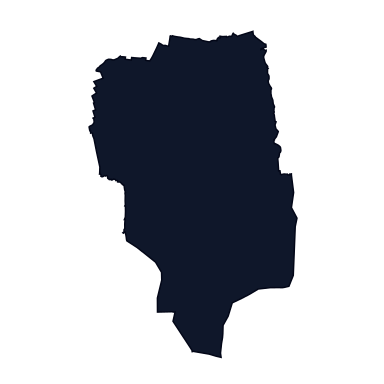 Ede, Gelderland, Netherlands, rotated 93°
{"feature_id": "6326949B43393941245933", "entity_name": "Ede", "entity_type": "district", "adm_level": 2, "iso_a3": "NLD", "parent_name": "Netherlands", "parent_adm1": "Gelderland", "projection": "orthographic", "projection_center": [5.671, 52.072], "detail": "fine", "context": "isolated", "style": "filled", "palette": "ink", "viewbox_px": 384, "rotation_deg": 93, "n_neighbors": 0, "source": "geoboundaries", "source_scale": "gbopen_adm2", "svg_char_len": 5657}
<svg xmlns="http://www.w3.org/2000/svg" viewBox="0 0 384 384"><g transform="rotate(93 192 192)"><path d="M270.0,86.5L221.2,87.1L212.6,85.8L202.4,91.9L187.2,90.5L170.0,93.6L168.7,93.7L168.9,94.5L169.0,95.4L169.5,95.6L169.9,95.6L169.8,97.4L169.2,97.6L169.3,99.1L169.2,100.6L169.3,101.5L169.5,102.1L169.9,103.8L170.0,103.8L169.6,104.6L169.2,104.6L168.4,104.8L166.2,105.3L166.3,106.6L166.2,106.6L157.0,107.7L155.0,108.0L153.7,108.1L153.5,107.9L152.4,107.0L148.4,106.6L147.6,105.8L146.2,105.4L145.3,105.5L143.2,105.9L142.9,106.0L142.1,106.5L140.8,108.2L140.0,109.9L139.1,112.1L139.3,112.3L138.6,112.6L138.1,112.8L136.7,112.9L136.6,113.0L136.4,113.0L135.5,113.0L135.6,112.4L134.8,112.3L132.4,110.6L127.2,109.0L126.7,109.3L124.5,111.5L120.8,112.6L120.6,112.6L117.5,111.7L117.0,112.9L116.3,112.8L115.8,112.9L112.5,113.6L111.6,113.7L110.4,114.0L109.6,114.3L109.4,114.4L109.3,114.7L109.2,114.8L109.0,114.7L108.8,114.4L108.0,114.1L106.8,114.3L106.1,114.6L105.2,114.4L104.6,114.6L103.1,114.1L102.4,114.1L100.8,114.9L99.7,115.5L96.0,116.1L92.8,117.6L92.0,117.8L91.1,117.9L90.0,118.3L86.3,118.5L86.0,118.5L84.8,118.0L84.3,118.1L83.8,118.3L82.3,119.5L79.9,121.0L78.5,121.5L77.6,121.6L77.2,121.8L76.9,121.8L76.0,121.3L75.4,121.1L74.8,121.0L73.0,121.1L72.2,121.2L71.5,121.5L70.1,122.5L69.4,122.8L65.5,123.0L65.0,122.8L64.5,122.4L63.5,123.7L62.9,123.1L62.6,123.0L60.1,125.1L59.4,125.6L58.5,126.0L54.3,127.4L53.3,127.5L52.7,127.5L52.4,127.6L52.4,127.4L51.4,127.1L48.1,125.5L47.4,125.3L46.5,125.4L46.7,126.0L46.7,126.4L46.6,126.7L46.4,127.1L45.6,128.0L45.4,128.4L45.4,128.7L45.5,129.2L46.1,130.6L45.3,130.5L43.9,127.1L43.4,125.6L41.6,125.8L40.6,126.0L40.4,127.0L40.5,127.1L40.4,127.2L40.1,127.9L38.2,130.5L34.2,136.5L34.2,136.8L34.0,137.1L33.4,137.1L32.6,138.1L31.8,139.0L28.8,139.6L28.4,139.6L33.4,153.1L33.6,153.5L34.4,154.4L34.3,154.6L33.4,155.7L32.4,157.8L32.3,158.2L31.9,158.6L31.3,159.0L31.4,159.3L34.6,160.6L34.6,161.5L34.4,162.0L34.6,163.2L34.9,163.6L35.3,164.5L35.7,165.3L35.6,165.5L35.3,165.4L34.8,165.7L35.0,167.4L35.2,170.2L34.9,172.3L35.0,172.4L35.6,171.5L35.9,171.6L36.2,172.0L36.7,171.9L36.8,172.1L36.7,172.4L36.9,172.7L36.9,172.8L36.4,173.7L36.6,173.9L37.0,174.1L37.5,174.6L37.9,174.7L38.3,175.0L38.7,174.9L39.0,175.0L39.4,175.0L39.7,175.1L39.5,176.8L39.5,178.3L39.6,179.0L39.9,179.9L40.1,180.8L40.8,181.5L41.1,182.0L41.2,182.9L41.2,183.2L40.2,189.7L38.4,192.7L38.7,193.8L39.6,195.9L39.6,197.3L39.3,198.8L39.3,202.1L39.2,202.8L39.0,203.0L38.9,206.0L38.8,207.8L38.3,210.3L38.0,212.2L37.9,214.1L37.8,215.1L37.5,217.5L37.0,219.9L37.7,220.1L37.9,220.4L37.2,221.8L37.3,221.9L37.5,221.9L37.6,222.0L39.6,222.1L46.9,222.9L47.7,223.0L47.4,224.8L47.0,226.1L47.0,226.6L47.1,226.8L47.0,226.7L47.1,227.0L47.1,227.6L47.1,229.1L46.9,229.1L46.0,230.4L45.9,230.8L45.7,231.1L44.9,232.8L45.5,233.0L45.4,233.1L45.7,233.2L49.9,234.8L58.0,238.2L60.5,239.4L63.3,241.0L63.2,243.2L62.9,245.2L60.6,245.0L60.4,247.8L60.4,248.4L60.5,248.8L61.0,249.9L61.1,250.3L61.2,250.7L61.1,251.2L61.0,257.0L61.0,258.2L60.9,258.2L60.9,258.7L61.0,258.7L60.9,259.3L63.4,259.6L62.9,265.7L60.7,265.5L60.6,267.6L60.7,267.9L60.6,268.0L60.6,270.1L60.3,270.4L60.0,270.7L61.7,272.5L62.1,272.7L62.5,273.3L62.7,273.7L63.5,275.4L64.1,276.6L64.2,277.5L64.2,278.2L64.1,278.7L63.8,279.8L63.8,280.3L63.8,281.0L63.8,281.4L63.8,282.3L64.0,282.7L64.3,283.5L64.8,284.3L65.0,284.7L65.6,285.3L66.4,285.7L68.5,287.3L69.0,288.1L69.5,288.5L70.7,290.2L72.1,291.2L73.0,292.4L73.3,292.8L74.1,293.3L74.9,293.9L75.7,294.1L76.2,293.9L76.8,289.6L83.0,286.7L86.9,295.8L91.5,292.7L93.5,295.5L98.2,292.5L99.5,294.4L101.1,296.5L101.4,296.9L107.8,294.1L108.3,295.0L115.0,292.6L116.2,295.1L122.5,292.8L123.4,294.7L123.6,294.6L123.5,294.2L123.4,294.0L127.7,293.3L128.3,293.8L129.9,294.6L130.1,294.8L131.1,296.4L131.6,297.4L132.4,298.2L134.9,297.6L134.8,297.4L136.3,297.2L136.3,296.5L138.4,296.3L138.3,296.1L138.4,295.1L138.6,294.3L139.4,294.4L141.1,294.0L143.8,292.7L156.5,289.5L172.0,285.3L177.9,285.2L178.0,285.0L178.9,285.3L179.3,283.9L179.6,283.6L180.2,283.7L180.9,283.9L181.2,283.4L181.4,283.2L181.5,282.4L181.3,282.1L181.1,281.4L180.7,281.0L180.2,280.4L180.2,280.2L180.3,279.8L180.6,279.5L180.6,279.2L180.0,278.1L180.0,277.8L180.2,277.6L181.2,277.1L181.7,277.0L182.3,277.0L182.8,276.8L182.9,276.7L183.1,276.0L183.8,275.5L183.9,275.3L183.9,274.1L183.5,273.6L183.6,273.2L184.0,273.0L184.2,272.9L184.3,272.6L184.2,272.5L183.6,271.7L183.6,271.4L183.2,271.0L183.3,270.1L183.6,269.2L184.0,269.0L184.2,268.8L184.4,268.7L184.6,268.6L184.4,267.5L184.4,267.2L184.6,266.9L184.8,266.7L185.5,266.8L185.8,266.8L185.8,266.6L185.8,266.2L185.9,265.5L185.9,265.3L185.6,264.9L185.7,264.6L186.2,263.8L186.5,263.3L186.8,263.1L187.2,263.0L187.4,262.8L187.5,262.6L187.6,262.0L187.8,261.8L188.2,261.7L188.3,261.1L188.8,260.9L188.9,260.6L188.9,260.2L193.2,259.4L196.0,258.4L196.2,258.8L197.4,258.8L198.3,258.5L204.3,258.3L209.3,257.8L209.2,258.3L209.5,258.4L209.7,257.8L210.6,257.7L215.2,257.4L220.2,257.3L220.6,257.3L223.1,258.1L223.1,257.4L227.4,257.5L231.8,257.2L233.5,258.0L234.9,257.6L235.2,257.8L236.3,258.9L236.7,258.3L235.3,256.9L235.3,256.7L238.4,255.8L240.7,255.3L243.0,254.9L244.2,254.5L250.3,243.9L254.3,238.3L254.5,237.8L254.8,237.5L264.0,224.7L273.8,218.2L281.6,217.6L299.7,221.0L313.7,220.2L312.6,205.7L312.6,205.1L312.9,204.6L312.6,202.6L322.1,204.2L347.3,185.7L350.6,183.4L351.4,183.5L351.4,183.3L351.0,183.1L353.0,166.3L354.7,159.3L355.6,154.3L351.4,155.1L341.9,154.6L336.7,154.0L335.7,153.9L332.1,153.8L323.5,154.0L314.1,149.4L300.6,146.0L294.8,135.4L293.1,132.7L293.0,132.3L290.5,128.3L285.4,120.8L283.4,108.6L283.0,101.6L282.9,99.7L282.8,96.7L282.4,94.8L281.1,90.3L270.0,86.5Z" fill="#0f172a" stroke="#020617" stroke-width="1.5"/></g></svg>